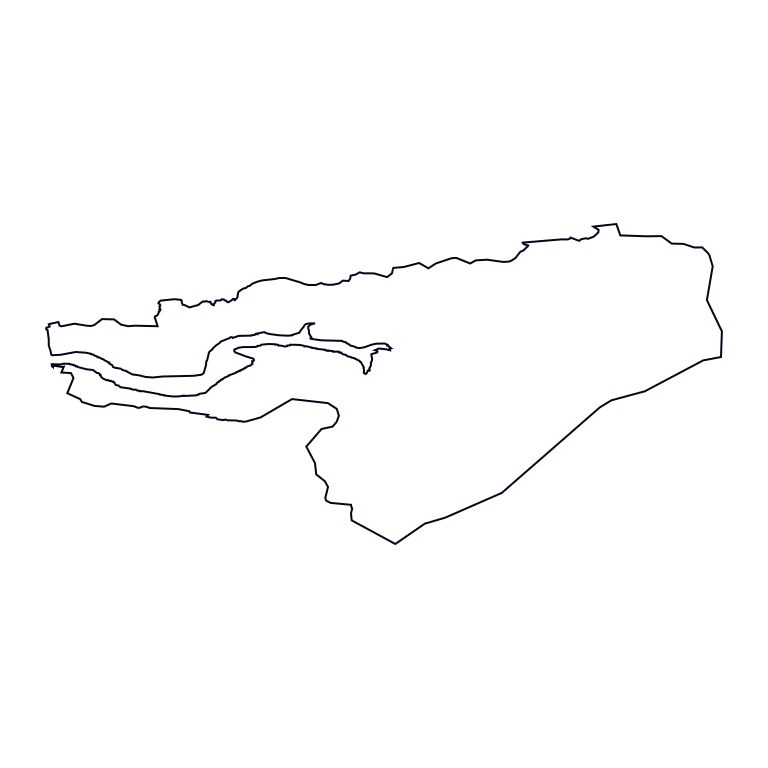 Stryn nor, Sogn og Fjordane, Norway (Natural Earth projection)
{"feature_id": "86288312B20375787798731", "entity_name": "Stryn nor", "entity_type": "district", "adm_level": 2, "iso_a3": "NOR", "parent_name": "Norway", "parent_adm1": "Sogn og Fjordane", "projection": "natural_earth1", "projection_center": [6.614, 61.822], "detail": "fine", "context": "isolated", "style": "outline", "palette": "ink", "viewbox_px": 768, "rotation_deg": 0, "n_neighbors": 0, "source": "geoboundaries", "source_scale": "gbopen_adm2", "svg_char_len": 6069}
<svg xmlns="http://www.w3.org/2000/svg" viewBox="0 0 768 768"><path d="M683.5,243.9L671.7,243.6L661.5,236.1L646.0,236.3L620.3,235.4L616.3,224.0L593.5,226.6L598.6,229.9L598.3,232.4L594.0,236.5L588.1,238.8L585.6,238.3L581.0,239.3L579.5,240.7L578.5,240.6L570.5,237.6L570.1,238.5L567.8,239.4L561.3,239.4L522.7,242.6L523.1,243.5L525.0,244.6L528.2,245.4L528.1,245.9L523.4,250.5L520.3,251.8L515.4,258.1L510.8,261.0L508.2,261.7L503.0,261.9L487.1,259.7L475.7,260.4L470.2,263.5L456.3,257.9L451.7,258.2L436.0,263.4L428.4,268.3L419.1,263.0L403.8,267.0L393.5,267.9L393.1,268.3L392.0,273.3L387.1,277.1L374.1,273.4L363.5,273.3L359.7,272.3L355.6,274.6L350.6,275.7L350.2,278.7L348.5,281.0L342.9,280.6L339.2,283.4L333.0,284.7L328.5,284.8L323.9,284.2L321.1,283.0L315.7,285.0L308.7,285.0L304.4,284.1L300.0,282.3L285.5,278.0L279.4,278.0L274.7,279.0L262.3,280.4L257.3,281.7L251.9,283.9L250.2,285.6L247.8,286.3L246.0,287.9L243.1,288.6L239.1,291.3L238.3,292.1L237.3,297.7L235.0,300.1L234.5,300.2L234.3,299.0L233.0,299.0L231.3,300.5L228.2,302.3L227.0,301.8L226.2,300.7L224.2,300.1L223.8,299.4L221.7,299.3L220.7,300.4L216.2,300.6L215.4,301.0L215.3,302.5L214.3,303.4L213.8,305.3L212.5,305.0L212.3,304.3L210.8,303.5L210.5,301.8L208.4,301.9L206.5,301.1L204.6,301.7L203.7,301.3L201.6,302.3L198.2,305.0L189.5,307.4L184.2,304.9L182.7,304.8L181.7,302.2L181.8,300.8L181.2,299.9L174.6,299.2L160.7,300.6L158.8,302.1L158.5,303.4L159.3,303.7L160.4,305.4L159.4,306.6L160.1,308.5L159.4,309.3L160.4,310.0L159.4,310.9L159.5,311.5L158.7,311.9L158.7,312.7L157.4,315.2L156.6,315.9L155.5,316.0L154.7,317.0L157.6,326.2L134.8,325.7L128.0,326.2L121.0,324.6L114.0,319.4L102.0,319.1L94.5,324.9L91.2,326.0L86.7,325.7L74.4,323.7L61.6,326.3L59.6,325.7L58.4,322.0L48.8,324.2L49.7,326.5L46.4,327.7L46.1,328.7L46.5,329.5L47.5,329.8L48.7,338.8L48.8,345.6L50.6,351.1L51.3,354.8L52.6,355.2L60.5,354.8L75.7,352.0L85.9,352.7L91.0,353.8L91.0,354.2L93.6,354.7L94.3,355.5L97.5,356.6L97.6,357.3L99.5,357.5L101.8,358.9L102.7,359.0L106.1,361.2L107.3,361.5L108.4,362.7L109.3,362.6L109.2,363.2L110.0,364.0L112.2,365.1L113.1,367.0L114.7,367.7L120.8,368.7L122.5,370.0L126.6,371.1L126.7,371.5L132.3,374.4L139.4,375.4L145.3,376.9L152.7,377.5L162.7,376.5L193.7,375.8L201.5,374.7L203.3,373.5L203.8,372.7L206.1,364.8L206.2,362.0L206.6,360.7L207.1,360.5L208.9,352.8L209.6,351.5L212.4,349.4L212.4,348.8L215.9,345.5L219.6,343.0L220.7,341.6L229.6,338.0L230.8,337.1L233.0,337.5L233.0,337.8L238.6,335.9L251.6,335.6L251.9,335.1L254.7,334.9L255.9,334.0L256.7,334.1L256.4,333.7L264.3,332.1L265.3,332.8L269.4,334.0L279.3,335.3L288.2,335.7L292.3,335.3L292.3,334.9L299.5,332.6L300.2,331.1L303.9,326.5L304.6,325.0L305.9,324.1L308.4,323.5L315.0,323.3L310.4,324.7L308.2,326.6L308.4,328.9L309.1,331.5L309.0,333.4L311.5,337.7L310.5,338.3L311.1,338.9L321.5,340.3L342.1,340.9L342.5,341.4L346.3,342.5L346.6,343.3L348.5,344.0L350.1,345.4L355.4,346.9L356.0,347.6L359.5,348.1L364.3,347.3L372.2,344.5L376.2,343.7L384.6,343.5L387.1,344.6L387.1,345.2L387.7,344.9L388.7,345.8L387.6,345.4L388.7,346.2L389.2,347.2L390.4,347.4L390.8,348.1L389.7,348.2L390.8,348.6L389.7,349.0L390.0,350.3L386.2,349.3L379.0,348.5L375.0,350.2L376.9,350.7L377.5,351.7L377.0,352.5L371.4,354.2L371.4,355.6L372.2,358.6L371.7,361.3L370.8,362.9L371.0,364.8L370.8,365.8L369.3,368.4L370.0,369.9L369.4,369.1L369.6,370.1L368.1,370.4L369.2,370.4L369.2,370.8L367.7,370.7L366.6,373.4L365.9,373.4L365.5,374.0L363.8,372.9L364.1,369.6L363.4,367.9L363.8,367.3L360.8,362.0L360.2,362.0L359.5,360.8L356.9,359.7L356.2,359.0L355.3,359.0L354.6,358.2L351.1,357.5L351.0,357.1L347.5,356.3L345.9,354.9L342.6,354.2L341.6,353.1L340.0,352.7L340.3,352.4L338.4,352.0L338.4,351.6L333.0,351.7L333.0,351.2L328.2,350.5L328.2,350.9L326.6,350.9L327.3,350.7L325.3,350.2L325.3,349.8L316.4,348.8L316.4,348.4L311.9,347.9L311.9,347.6L306.7,346.3L304.2,346.4L303.9,345.8L302.3,345.4L298.7,344.9L290.2,344.7L289.9,345.4L287.4,345.5L287.1,346.2L284.6,346.5L281.1,345.6L278.5,345.6L278.2,344.8L275.6,344.7L275.6,344.3L268.6,344.0L261.4,344.7L260.5,345.6L257.6,345.9L257.4,346.4L254.6,347.0L242.8,347.1L238.8,347.7L234.4,349.5L234.1,350.8L235.3,352.4L245.3,356.2L253.2,358.6L253.9,359.4L253.9,360.5L253.2,361.2L252.2,361.2L252.4,363.9L251.8,363.9L250.6,365.5L247.5,366.3L246.0,367.7L245.0,367.7L244.8,368.3L243.2,368.9L243.2,369.3L240.4,370.1L240.5,370.7L238.0,371.4L238.0,371.7L236.1,372.2L235.9,372.8L228.8,375.4L228.8,375.8L224.2,377.8L223.3,378.8L221.7,379.3L221.7,379.8L221.1,379.8L219.6,381.2L219.0,381.2L218.4,382.2L216.9,382.8L216.2,384.2L211.7,386.8L205.5,392.9L199.5,393.8L198.6,394.1L198.6,394.6L195.8,395.4L183.5,396.0L183.5,395.6L179.1,396.4L173.1,396.5L164.2,395.5L164.2,395.1L159.8,394.6L159.7,394.2L143.1,391.2L139.6,391.2L139.6,390.8L137.1,390.5L136.0,389.6L133.5,389.7L131.0,389.1L130.9,388.7L120.4,387.2L118.7,385.6L115.6,384.9L114.1,382.2L113.1,382.0L113.1,381.6L110.5,381.1L110.5,380.7L108.9,380.8L107.9,380.0L106.7,380.2L103.1,378.6L100.9,376.7L100.6,375.0L100.0,375.0L100.1,374.4L98.6,373.1L97.0,373.0L93.0,370.0L86.7,369.3L79.6,367.5L78.0,367.1L77.0,366.2L76.3,366.4L76.3,366.0L73.7,365.3L73.7,364.9L69.6,364.2L69.5,363.8L63.5,363.7L61.6,364.3L58.8,364.4L51.7,364.2L52.0,366.3L53.0,367.1L53.0,366.4L54.6,365.8L62.3,367.0L63.8,366.7L61.4,372.5L71.0,373.1L73.5,378.0L67.3,393.2L80.3,399.2L81.8,401.9L94.4,405.9L104.1,406.7L111.2,403.5L133.7,406.2L137.8,407.8L140.1,407.7L142.6,406.5L144.4,406.5L147.3,407.0L149.6,408.0L178.4,409.1L189.2,411.2L190.0,412.5L208.1,414.9L206.6,416.6L211.1,417.7L215.9,417.7L217.2,419.2L222.7,420.1L225.6,419.6L227.6,420.3L236.8,420.5L238.6,421.2L241.6,421.2L242.5,421.8L246.1,421.5L260.6,417.4L292.0,399.1L327.9,403.1L336.8,408.9L338.9,415.8L336.7,421.8L332.6,426.6L321.5,429.0L306.3,446.6L315.0,463.1L316.2,474.4L324.7,481.1L328.0,486.9L325.3,498.1L326.2,500.7L330.6,502.9L351.0,504.8L351.6,507.5L352.2,508.4L351.0,513.6L351.7,520.4L395.3,544.0L424.7,523.7L445.1,517.7L501.8,492.9L599.8,407.4L611.4,400.3L644.8,391.3L703.2,360.4L721.0,357.0L721.9,331.3L706.9,300.1L712.7,266.3L709.4,255.3L707.4,252.4L702.1,247.4L694.3,247.5L683.5,243.9Z" fill="none" stroke="#020617" stroke-width="2"/></svg>